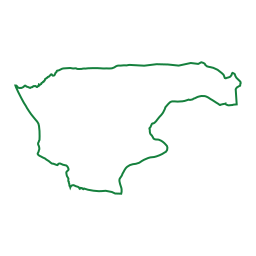 the district of Thaphabath, Bolikhamxai, Laos
{"feature_id": "54806243B39354451969384", "entity_name": "Thaphabath", "entity_type": "district", "adm_level": 2, "iso_a3": "LAO", "parent_name": "Laos", "parent_adm1": "Bolikhamxai", "projection": "natural_earth1", "projection_center": [103.109, 18.364], "detail": "fine", "context": "isolated", "style": "outline", "palette": "green", "viewbox_px": 256, "rotation_deg": 0, "n_neighbors": 0, "source": "geoboundaries", "source_scale": "gbopen_adm2", "svg_char_len": 5402}
<svg xmlns="http://www.w3.org/2000/svg" viewBox="0 0 256 256"><path d="M114.3,67.4L112.0,68.3L109.5,68.5L106.5,68.4L103.6,68.5L100.6,68.3L96.8,68.1L93.5,68.1L87.9,68.3L85.2,68.6L84.4,68.5L83.0,68.6L81.6,68.9L78.9,69.0L77.2,68.9L75.9,68.3L75.6,68.3L73.1,68.5L70.2,68.0L66.9,68.2L63.9,68.4L63.6,68.4L62.2,68.7L58.7,70.4L57.6,70.6L57.3,70.6L57.0,70.8L56.8,71.0L56.7,71.3L56.5,71.8L56.3,72.3L56.0,72.5L55.7,72.6L55.5,72.9L54.7,74.8L54.4,75.2L54.1,75.4L53.8,75.6L52.7,75.6L52.3,75.2L52.1,75.0L51.9,74.6L51.7,74.4L51.4,74.3L51.2,74.3L50.6,74.9L50.1,75.3L49.9,75.6L49.1,76.4L48.8,76.7L48.5,76.8L48.2,76.8L47.9,76.9L47.7,77.1L47.4,77.6L47.2,77.7L47.0,77.9L46.7,77.9L46.5,78.1L46.1,78.5L45.7,78.7L45.2,79.0L45.0,79.3L44.8,80.3L44.7,80.5L44.2,80.8L44.0,81.0L43.8,81.6L43.5,81.8L43.3,81.9L43.0,81.9L42.9,82.2L42.7,82.4L41.6,83.0L41.4,83.2L41.3,83.6L41.2,84.0L40.3,84.5L39.8,84.9L39.6,85.1L39.3,85.1L39.2,84.9L39.1,84.6L38.9,84.5L38.8,85.3L38.8,85.7L38.6,86.1L38.3,86.1L38.1,86.1L37.8,86.2L37.6,86.3L37.4,86.6L37.1,87.0L36.9,87.0L36.5,86.9L35.9,86.3L35.6,86.1L35.3,86.0L35.0,86.0L34.1,86.2L33.6,86.1L33.3,86.2L32.6,86.9L32.4,87.1L32.0,87.2L31.4,87.2L31.0,87.4L30.4,87.9L30.1,87.9L29.8,87.8L29.4,87.7L29.0,87.4L28.6,87.3L28.2,87.1L27.3,86.8L26.8,86.7L26.2,86.4L25.7,85.8L25.5,85.7L25.0,85.7L24.8,85.7L24.5,85.9L24.2,86.2L23.7,86.7L23.4,87.0L22.8,87.3L22.0,87.7L21.5,87.9L20.9,88.0L20.6,87.9L19.6,88.0L18.4,87.7L17.6,87.1L16.8,86.0L16.1,85.5L15.4,85.5L16.0,87.2L18.2,92.0L21.2,97.9L23.8,102.7L26.0,106.2L26.9,107.9L28.9,111.0L31.1,114.2L33.5,117.2L35.8,120.0L37.1,121.5L38.4,123.6L39.0,126.0L39.5,131.0L39.6,136.2L39.5,139.7L39.4,140.2L39.1,140.6L38.9,141.3L38.5,142.4L38.1,143.1L38.1,144.2L38.3,144.9L38.6,145.4L39.0,146.5L39.3,148.1L39.3,149.3L38.9,150.3L38.6,151.6L37.7,153.5L37.7,153.8L37.8,154.2L38.5,155.1L39.7,155.9L41.0,156.5L42.8,157.5L44.6,158.3L45.3,158.7L46.2,159.5L48.8,161.1L50.7,162.7L51.4,163.2L52.1,163.6L53.3,163.7L55.2,164.4L56.5,164.9L57.4,165.1L57.7,164.9L58.3,163.9L58.7,163.7L59.4,163.5L60.1,163.5L62.0,164.3L62.8,164.7L66.3,165.5L67.2,166.3L67.8,167.2L68.2,168.1L68.5,169.0L68.5,169.7L68.2,170.2L67.1,171.2L66.4,172.1L66.3,172.8L66.5,174.1L66.8,175.6L67.1,176.3L68.4,178.5L68.3,180.5L68.3,180.8L68.4,181.3L68.8,181.7L68.8,181.8L68.8,182.5L68.9,183.0L69.1,183.4L69.2,183.6L69.3,184.0L69.4,185.4L69.5,185.6L69.8,185.9L70.0,186.1L69.8,186.3L70.1,186.7L70.3,187.4L70.5,186.9L70.8,186.4L71.4,185.8L71.6,185.6L72.1,185.4L72.5,185.3L73.1,185.2L73.7,185.2L75.0,185.8L75.8,186.2L77.5,186.7L78.1,186.9L78.4,187.1L78.8,187.4L79.0,187.7L79.4,188.3L79.5,188.5L79.8,188.2L80.1,188.0L80.2,187.9L80.4,188.0L80.6,188.3L80.9,188.0L81.0,188.0L81.2,188.3L81.3,188.3L81.6,188.2L81.8,188.1L82.0,188.2L82.3,188.3L82.5,188.6L82.8,188.9L83.2,189.2L83.3,189.2L83.5,188.8L83.7,188.6L83.9,188.5L84.2,188.5L84.4,188.6L84.9,188.9L85.2,188.9L85.9,189.1L87.8,189.7L93.4,190.7L98.9,191.2L101.6,191.1L105.7,190.8L108.3,191.3L111.9,192.0L115.1,193.5L121.2,193.7L121.6,191.8L121.6,189.5L121.4,188.1L120.1,184.1L119.5,181.5L119.4,180.3L119.5,179.4L119.7,178.7L120.5,177.5L121.6,175.9L122.1,174.9L122.5,173.7L123.4,172.2L124.4,170.3L125.6,168.4L126.5,167.4L127.3,166.7L129.9,165.1L131.2,164.7L132.9,164.2L135.9,163.8L137.5,163.3L138.9,162.9L140.1,162.2L141.7,161.1L144.0,159.8L146.3,158.8L148.2,158.0L150.3,157.4L154.2,157.0L156.4,156.4L159.4,155.3L162.2,154.0L164.6,152.5L165.9,151.8L167.1,150.0L167.4,147.7L167.0,146.1L166.2,145.1L165.0,143.8L164.1,142.9L162.5,141.6L161.7,141.1L160.9,140.6L158.8,139.7L157.3,139.5L156.3,139.5L155.2,139.4L154.0,138.9L153.5,138.5L153.0,137.4L152.4,136.5L152.1,135.9L151.8,135.4L151.2,134.9L150.8,134.5L150.4,133.9L150.0,132.9L149.9,132.1L149.8,131.6L149.8,130.7L149.8,129.9L149.7,129.5L149.6,129.1L149.4,128.8L149.5,128.5L149.6,128.0L149.9,127.8L150.1,127.6L150.5,127.0L151.6,124.5L151.9,123.9L152.4,123.5L152.7,123.4L153.1,123.4L153.4,123.4L153.7,123.2L154.0,123.1L154.7,122.6L155.6,121.7L156.2,121.1L156.6,120.5L158.8,117.7L159.9,116.4L160.8,115.5L161.8,114.3L162.7,113.1L163.1,112.5L164.4,109.9L164.7,109.3L165.1,108.3L165.3,107.4L167.6,104.7L168.5,103.7L170.1,102.2L171.1,101.7L172.2,101.4L173.4,101.4L174.6,101.4L176.2,101.5L177.7,101.6L179.2,101.5L182.5,101.3L183.5,101.1L184.3,101.0L185.7,100.6L188.7,99.6L189.3,99.9L190.3,99.9L192.6,99.4L193.5,98.7L195.0,98.2L196.4,97.5L197.2,97.1L198.0,96.8L199.5,96.4L201.4,96.0L204.6,96.1L205.5,96.3L206.6,96.7L208.2,97.5L210.6,99.1L212.2,100.0L214.7,101.6L216.2,102.6L218.2,103.8L219.4,104.7L219.9,105.0L220.2,105.0L220.4,104.9L220.8,104.6L221.2,104.5L221.6,104.5L222.5,104.2L224.9,103.8L225.4,103.6L225.4,103.8L225.6,104.0L226.0,104.4L226.4,104.7L227.2,104.9L227.8,105.2L228.5,105.3L229.2,105.3L231.2,105.1L232.6,105.0L233.2,104.7L234.2,104.6L236.7,104.4L235.7,89.3L236.3,88.2L237.2,87.2L238.2,86.7L239.3,86.0L240.1,85.7L240.2,85.1L240.3,84.1L240.3,83.9L240.6,83.5L240.6,83.3L240.6,82.5L240.4,81.8L239.8,81.1L236.5,77.9L235.5,76.3L235.0,74.9L234.7,74.1L233.7,73.4L232.6,72.9L232.0,73.4L231.5,75.1L230.4,76.5L229.7,77.0L228.2,77.5L226.7,77.9L225.8,78.3L224.8,78.0L224.1,76.1L223.5,74.7L221.8,73.1L217.6,69.8L213.2,67.8L212.7,67.7L210.7,67.2L209.1,66.9L207.1,66.4L205.3,64.9L204.7,63.7L203.3,62.9L201.4,62.3L201.0,62.4L198.5,63.8L198.1,63.9L190.8,63.0L178.7,65.6L168.0,64.5L156.6,64.2L144.2,65.7L129.5,64.9L128.7,65.0L126.5,65.4L124.0,65.3L120.7,65.6L118.2,65.6L117.2,65.8L116.0,66.3L114.3,67.4Z" fill="none" stroke="#15803d" stroke-width="2"/></svg>